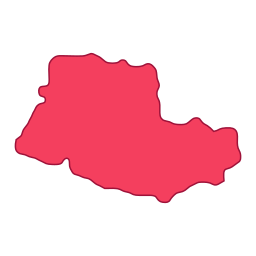 Imbert, Puerto Plata, Dominican Republic
{"feature_id": "3306468B41298949605028", "entity_name": "Imbert", "entity_type": "district", "adm_level": 2, "iso_a3": "DOM", "parent_name": "Dominican Republic", "parent_adm1": "Puerto Plata", "projection": "mercator", "projection_center": [-70.857, 19.757], "detail": "fine", "context": "isolated", "style": "filled", "palette": "rose", "viewbox_px": 256, "rotation_deg": 0, "n_neighbors": 0, "source": "geoboundaries", "source_scale": "gbopen_adm2", "svg_char_len": 3366}
<svg xmlns="http://www.w3.org/2000/svg" viewBox="0 0 256 256"><path d="M224.0,180.9L223.7,177.0L223.7,173.5L223.9,171.9L224.2,171.2L224.5,170.5L224.9,169.8L226.1,169.1L230.1,167.8L232.2,166.7L239.1,161.7L239.6,161.2L240.3,159.8L240.5,159.0L240.6,157.3L240.6,155.6L240.4,153.9L239.9,152.2L238.1,148.2L237.5,145.6L237.3,142.8L237.4,136.3L237.1,133.6L236.9,132.8L236.3,131.3L235.8,130.6L234.8,129.5L233.5,128.7L232.7,128.4L230.2,127.9L225.8,127.9L222.3,128.3L220.0,129.0L216.7,130.6L213.7,131.4L210.3,128.0L207.3,125.7L204.6,124.2L203.4,123.4L201.9,121.9L199.9,119.3L199.4,118.8L198.8,118.4L197.5,118.0L196.7,117.9L195.2,118.0L193.7,118.4L193.0,118.8L191.7,119.7L188.6,122.3L187.2,123.3L186.5,123.7L185.7,124.0L184.0,124.4L181.4,124.6L177.9,124.5L176.1,124.3L174.4,124.0L172.9,123.5L169.6,121.9L164.4,120.6L163.0,120.0L161.9,119.0L160.9,117.8L160.6,117.2L160.1,115.6L159.8,113.0L159.8,105.1L159.5,102.5L159.1,100.9L157.3,96.9L156.9,94.6L156.9,93.0L157.1,91.4L157.6,90.0L158.5,88.1L159.0,86.8L159.2,85.3L159.0,83.8L157.3,79.1L157.0,77.6L156.5,72.7L156.0,70.3L155.2,68.8L154.2,67.5L152.5,65.7L151.2,64.7L149.7,64.0L148.9,63.8L147.4,63.8L146.0,64.2L142.8,65.8L140.3,66.4L138.6,66.6L136.0,66.7L134.2,66.6L132.5,66.4L130.8,66.0L129.4,65.3L127.8,63.9L125.9,61.3L125.4,60.8L124.2,60.2L122.9,60.0L121.6,60.1L121.0,60.3L120.0,60.9L118.7,62.0L118.1,62.3L116.7,62.8L115.1,63.0L112.5,63.2L109.9,63.0L108.1,62.8L106.5,62.3L105.0,61.4L100.5,57.7L99.1,56.8L93.3,54.0L92.0,53.7L91.0,53.6L85.8,55.4L84.1,55.8L82.3,56.0L76.8,56.1L62.2,55.8L59.5,55.8L57.7,56.0L56.0,56.5L54.5,57.3L53.2,58.3L51.5,60.0L50.5,61.4L49.7,62.9L49.4,63.7L49.1,65.5L48.9,69.3L49.2,79.7L49.1,82.3L48.7,83.9L48.3,84.6L47.8,85.2L47.2,85.6L46.5,85.9L45.1,86.2L42.1,86.5L40.7,86.9L40.1,87.3L39.6,88.0L39.2,88.6L38.8,90.2L38.9,92.6L39.3,94.1L39.6,94.8L40.1,95.4L40.6,95.8L44.0,97.0L44.5,97.4L44.9,97.9L45.2,98.5L45.4,99.8L45.2,101.1L45.0,101.7L44.6,102.3L43.4,103.0L40.2,103.8L38.9,104.4L37.7,105.3L36.7,106.3L35.9,107.6L34.6,110.3L33.1,112.9L31.6,116.4L29.5,120.3L28.2,123.2L27.3,124.6L24.3,128.5L23.4,129.9L22.8,131.3L21.9,134.1L21.4,135.4L20.5,136.4L16.2,139.6L15.5,143.7L15.4,146.2L15.5,147.8L15.8,149.4L16.1,150.1L16.4,150.8L17.4,152.0L18.5,152.9L19.9,153.6L25.2,154.8L29.2,156.6L32.2,157.4L34.5,157.9L36.0,158.5L39.2,160.2L42.0,161.5L46.0,163.5L48.4,164.1L51.9,164.4L54.5,164.5L57.1,164.4L58.8,164.2L60.3,163.8L61.5,163.1L62.0,162.6L63.3,160.5L64.6,159.1L65.7,158.5L66.4,158.3L67.0,158.3L67.7,158.5L68.3,158.9L68.8,159.5L69.1,160.2L69.4,161.6L69.6,165.7L69.7,166.5L70.2,168.1L70.8,169.4L72.2,171.9L73.0,173.0L73.5,173.5L74.7,174.2L79.0,175.5L82.9,177.2L84.4,177.7L87.4,178.3L89.0,178.8L91.0,180.0L94.5,182.9L95.7,183.8L96.9,184.5L99.9,185.8L104.7,188.4L113.4,188.3L116.0,188.5L117.7,188.7L120.0,189.4L123.3,191.0L124.8,191.5L128.6,192.4L130.0,192.9L133.3,194.5L135.9,195.1L139.4,195.3L150.2,195.3L151.9,195.4L153.5,195.7L155.0,196.2L155.6,196.6L156.1,197.1L158.0,199.7L159.1,200.7L160.3,201.5L161.1,201.8L162.7,202.2L165.3,202.4L166.9,202.2L167.7,202.0L169.1,201.2L169.6,200.7L171.1,198.4L172.6,196.6L174.4,194.8L176.3,193.3L177.8,192.7L182.3,191.6L183.8,190.9L185.2,190.1L189.7,186.5L197.2,182.8L198.8,182.3L201.4,182.1L204.1,182.1L206.7,182.3L208.4,182.6L210.0,183.0L212.6,184.2L213.9,184.7L214.6,184.9L216.1,184.9L216.9,184.7L218.2,184.2L224.0,180.9Z" fill="#f43f5e" stroke="#9f1239" stroke-width="1.5"/></svg>